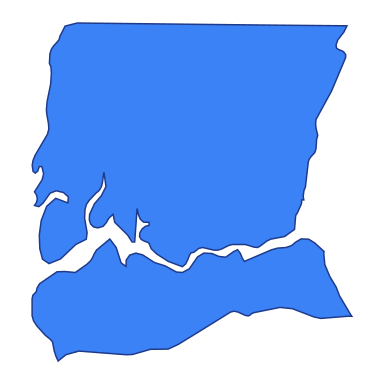 outline of Ziguinchor
{"feature_id": "SEN-775", "entity_name": "Ziguinchor", "entity_type": "Region", "adm_level": 1, "iso_a3": "SEN", "parent_name": "Senegal", "parent_adm1": "", "projection": "natural_earth1", "projection_center": [-16.415, 12.748], "detail": "fine", "context": "isolated", "style": "filled", "palette": "blue", "viewbox_px": 384, "rotation_deg": 0, "n_neighbors": 0, "source": "natural_earth", "source_scale": "10m", "svg_char_len": 2824}
<svg xmlns="http://www.w3.org/2000/svg" viewBox="0 0 384 384"><path d="M77.2,23.0L92.4,23.2L149.7,23.8L202.5,24.4L279.4,25.2L324.7,25.6L347.0,25.8L343.8,32.2L337.8,39.9L336.1,44.7L336.5,48.1L338.7,49.6L341.3,50.5L343.6,51.8L345.7,54.7L345.6,57.7L331.6,90.9L316.0,119.5L315.6,124.2L316.1,128.4L317.7,135.4L316.6,139.5L316.1,147.9L315.5,150.6L314.6,152.8L310.9,156.8L309.1,159.5L308.3,161.9L305.4,187.1L303.9,190.8L303.2,196.4L303.8,199.9L301.6,199.9L301.6,202.9L301.1,204.6L297.4,212.9L295.7,215.5L294.5,229.4L284.7,236.5L270.5,239.2L266.8,241.1L259.7,246.4L257.5,247.5L253.9,247.1L245.4,244.5L232.3,244.5L228.4,245.6L221.7,249.0L218.0,250.1L213.8,250.1L202.6,247.5L198.8,248.4L194.0,252.2L190.8,253.1L189.6,255.0L187.9,259.4L185.6,264.0L182.4,266.7L168.2,261.4L156.6,253.9L151.2,248.7L149.0,243.3L147.6,242.3L144.4,241.2L141.2,239.4L139.5,236.5L140.0,232.4L142.3,228.8L145.4,226.3L149.0,225.4L149.0,222.3L143.6,222.2L140.2,219.1L138.3,214.2L137.1,208.5L134.7,242.0L132.1,242.0L127.5,234.9L114.7,222.3L113.1,214.3L109.0,218.0L106.4,222.5L103.2,226.3L97.7,227.9L93.5,226.9L90.7,224.1L89.3,219.8L89.6,214.3L94.5,203.7L101.4,195.7L106.0,186.5L103.9,172.2L102.3,183.2L101.5,186.3L99.6,189.9L98.0,191.6L96.3,192.8L89.4,200.1L86.5,204.3L85.0,209.5L84.6,218.2L87.1,232.6L86.3,239.2L75.9,244.4L60.6,258.9L49.0,263.6L42.5,259.2L39.8,248.7L39.3,235.0L41.2,220.6L46.7,206.3L55.7,198.3L67.8,202.9L68.4,196.9L63.4,192.5L56.2,190.8L50.1,193.2L42.9,203.3L38.9,206.6L34.5,205.5L36.6,202.2L37.3,198.7L36.6,195.2L34.5,191.8L42.1,179.8L43.6,173.8L41.9,166.6L39.3,166.6L37.7,171.1L35.3,173.1L33.1,171.5L32.2,165.4L33.0,160.5L35.1,155.3L47.5,134.2L48.8,129.0L48.5,123.8L46.8,114.3L46.4,109.6L47.2,101.1L50.6,84.3L51.4,73.4L50.9,66.8L49.4,63.4L49.9,54.0L51.2,49.5L53.4,46.2L58.9,40.0L60.0,36.1L65.1,26.1L77.2,23.0ZM320.8,318.4L314.1,317.0L292.4,308.7L280.0,307.4L253.7,312.7L251.4,313.8L249.9,315.2L248.2,315.9L245.4,315.4L237.8,312.0L234.1,311.2L230.5,312.1L206.5,327.0L178.6,344.2L168.1,349.1L150.5,349.3L132.4,354.5L125.9,354.7L78.8,351.1L66.0,354.7L58.1,361.0L55.8,355.8L54.1,350.5L52.6,342.1L50.4,339.4L45.2,335.2L37.2,326.3L33.6,321.0L32.1,315.8L32.1,298.9L32.9,295.2L36.3,291.6L37.1,287.9L39.7,283.6L57.0,271.8L64.5,271.5L75.3,272.5L87.0,264.2L90.7,260.6L92.7,257.3L94.2,253.9L96.5,250.1L109.8,239.0L116.2,247.5L121.1,262.9L126.0,266.4L126.2,260.1L129.7,255.1L135.9,253.1L142.7,254.9L154.4,262.5L164.9,265.8L176.4,272.0L182.4,272.5L189.3,268.8L197.6,256.9L203.8,253.1L211.9,253.5L218.8,256.4L225.7,257.2L233.6,251.6L237.6,249.7L240.3,253.3L242.4,258.4L244.4,261.4L271.5,249.8L277.7,248.1L286.0,247.5L291.4,245.7L295.9,242.0L301.1,238.9L308.7,239.2L314.8,243.0L324.0,251.4L323.8,253.8L324.8,264.5L329.8,276.5L336.1,287.0L339.5,295.8L350.3,314.0L351.8,316.3L348.4,316.2L320.8,318.4Z" fill="#3b82f6" stroke="#1e3a8a" stroke-width="1.5"/></svg>